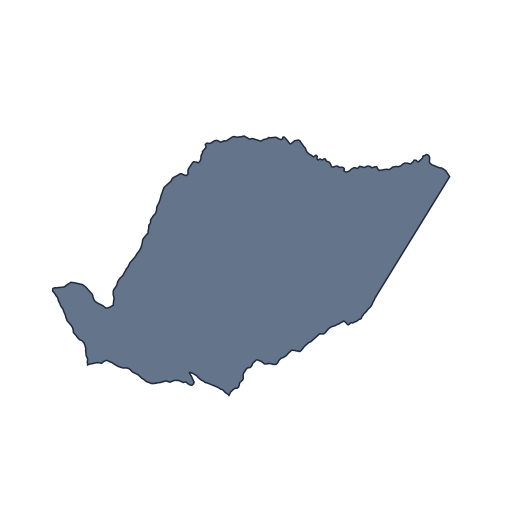 Zarcero, Alajuela, Costa Rica, rotated 138°
{"feature_id": "36466004B69998662066275", "entity_name": "Zarcero", "entity_type": "district", "adm_level": 2, "iso_a3": "CRI", "parent_name": "Costa Rica", "parent_adm1": "Alajuela", "projection": "natural_earth1", "projection_center": [-84.401, 10.218], "detail": "fine", "context": "isolated", "style": "filled", "palette": "slate", "viewbox_px": 512, "rotation_deg": 138, "n_neighbors": 0, "source": "geoboundaries", "source_scale": "gbopen_adm2", "svg_char_len": 6108}
<svg xmlns="http://www.w3.org/2000/svg" viewBox="0 0 512 512"><g transform="rotate(138 256 256)"><path d="M377.1,194.1L372.4,184.3L371.7,182.2L371.4,180.6L370.4,179.3L370.2,178.3L370.2,174.9L369.4,172.2L369.4,170.5L365.7,171.9L361.7,172.0L360.3,171.7L358.4,170.3L356.4,170.3L352.7,172.8L348.8,172.8L347.5,173.4L345.2,176.2L343.6,177.3L341.7,177.6L341.3,177.9L338.7,178.5L337.2,178.5L335.3,177.2L333.3,177.0L330.2,178.4L325.3,178.5L324.9,178.3L323.9,177.0L323.7,176.1L322.8,174.8L322.1,171.7L322.1,170.6L321.7,169.8L320.0,168.6L319.6,168.5L319.4,168.0L318.1,167.4L318.0,167.0L317.2,166.4L316.8,165.5L315.3,163.4L313.7,162.1L311.2,162.1L309.5,162.9L307.6,163.2L305.7,163.2L303.0,162.1L301.5,162.0L301.1,161.8L298.6,161.8L297.7,162.1L292.3,162.1L291.5,160.9L290.3,159.9L289.7,158.6L289.1,158.1L288.2,156.6L287.8,156.4L287.6,155.9L286.8,155.6L284.9,155.6L280.7,156.4L274.8,156.4L272.5,155.6L260.7,155.6L260.2,154.8L259.4,154.4L258.9,153.7L257.9,152.9L257.4,152.7L254.5,152.8L252.1,153.3L248.7,153.3L246.8,152.7L244.2,151.4L240.4,150.5L240.2,150.2L239.2,149.9L238.3,149.9L235.5,149.1L234.5,149.1L234.0,148.3L233.8,146.7L233.8,143.9L233.5,143.1L232.6,142.9L230.1,142.9L229.7,142.7L229.3,141.9L228.6,141.4L226.3,140.9L225.4,140.3L224.5,140.1L222.5,140.0L221.2,139.8L220.5,139.2L219.5,139.2L217.4,140.3L216.5,140.3L214.6,140.9L211.2,140.9L208.8,141.4L206.4,141.5L203.9,141.8L201.7,142.6L199.1,143.9L198.1,144.0L195.1,145.4L194.1,145.4L193.8,145.7L59.0,185.4L58.0,192.0L58.4,194.7L59.2,197.3L60.5,198.6L60.9,199.5L62.0,201.2L62.5,202.7L64.2,205.9L64.5,207.9L64.5,209.3L63.5,210.6L61.3,212.7L60.6,214.0L60.6,216.1L61.2,217.1L61.8,217.6L63.1,217.6L64.8,218.5L65.3,218.4L66.3,217.6L67.4,217.3L72.5,217.3L72.9,218.0L72.9,219.8L74.1,221.3L74.6,221.4L76.3,220.9L79.5,220.9L81.5,223.8L83.3,225.5L85.5,226.1L88.3,226.1L89.9,227.0L90.5,227.0L91.7,228.6L95.0,230.7L96.9,230.7L99.0,231.0L101.3,233.4L103.4,234.8L104.6,235.2L104.7,235.5L107.2,237.2L107.3,239.2L106.7,241.0L106.7,241.7L108.2,242.9L108.8,243.0L109.5,243.5L110.1,243.5L110.6,243.9L110.9,244.2L111.3,246.2L112.1,247.3L113.4,248.5L115.8,249.0L116.3,249.3L118.9,253.3L121.9,253.1L122.4,253.5L123.0,255.0L124.1,256.1L126.8,256.7L130.3,256.8L132.6,257.9L133.2,258.4L133.5,259.1L133.6,260.7L132.2,261.4L131.9,262.1L132.0,263.4L132.6,264.4L134.8,266.1L135.1,267.8L135.5,268.7L138.3,270.2L139.1,270.3L139.7,271.0L139.9,271.8L139.9,272.9L139.3,273.8L138.8,275.9L138.9,276.8L140.2,279.5L140.1,280.4L139.6,281.0L139.6,281.9L140.3,282.6L142.6,283.1L143.5,285.3L144.6,285.7L145.6,285.7L145.7,287.5L143.8,289.1L143.8,290.3L144.1,290.8L147.1,291.3L147.5,294.1L148.1,295.2L148.5,297.8L148.5,299.4L147.1,303.5L147.2,305.2L146.3,312.6L146.9,313.8L150.1,315.8L154.4,316.0L155.6,316.4L155.7,316.7L155.7,318.8L155.4,320.2L155.4,325.3L156.0,326.1L156.6,326.3L157.8,325.4L159.0,325.5L159.4,326.0L159.7,326.0L160.5,327.3L160.8,328.7L161.8,331.0L166.2,334.2L167.3,335.6L169.5,335.7L172.4,337.5L174.8,337.9L175.6,338.3L176.6,339.6L177.4,341.4L178.4,342.8L179.4,344.9L180.0,345.6L182.7,347.3L183.5,350.2L184.2,351.7L184.3,352.7L185.5,353.8L186.9,354.2L189.1,356.0L189.6,356.2L190.6,357.0L192.5,359.6L193.1,359.9L194.0,360.3L200.8,361.4L201.4,361.6L202.6,363.0L203.3,363.0L204.6,363.8L205.6,363.8L206.4,364.8L207.2,367.4L208.1,368.4L209.2,369.2L210.4,369.6L211.6,369.6L212.1,369.9L213.1,369.9L214.9,370.5L215.6,371.1L217.0,372.8L218.9,372.8L219.3,372.4L220.3,370.2L226.0,369.4L226.1,369.0L227.0,368.3L229.6,367.4L231.8,365.2L233.9,364.0L236.4,363.8L237.2,365.0L237.2,365.4L238.5,366.7L238.9,367.5L239.5,367.8L240.7,367.8L248.1,365.9L249.4,365.0L251.8,362.3L254.1,362.5L255.4,364.7L256.2,366.8L257.5,367.9L259.9,368.3L265.1,369.6L266.6,369.6L268.8,368.5L278.3,368.5L280.5,367.5L282.1,366.5L286.0,364.5L289.4,362.2L292.1,360.7L295.5,359.4L297.2,358.5L297.9,358.0L298.7,357.0L301.7,355.1L303.2,354.7L305.1,354.7L310.4,353.3L311.4,352.0L312.4,351.2L312.9,350.9L315.0,350.6L315.5,350.2L317.6,348.0L319.0,347.2L320.9,345.3L327.3,344.5L329.3,343.9L332.9,341.0L335.7,339.3L337.9,338.4L339.9,337.8L342.4,337.5L346.5,336.2L354.2,335.3L358.6,333.5L361.1,333.2L362.6,332.4L364.6,331.9L367.9,330.6L371.7,330.5L373.6,330.2L376.2,329.3L378.9,327.5L381.1,326.8L384.0,326.3L385.6,325.4L387.8,323.1L389.8,319.4L392.1,317.7L395.2,314.9L396.2,315.3L397.0,315.3L400.0,316.2L401.8,317.1L402.2,317.6L402.5,318.4L403.1,321.7L403.6,322.9L404.1,324.4L404.9,325.9L405.8,329.2L405.9,330.6L405.5,332.3L404.7,334.4L403.9,335.7L403.3,337.4L403.3,346.7L403.7,349.2L404.2,351.1L408.8,357.5L411.1,360.3L417.7,361.3L417.9,361.1L418.5,361.1L419.8,361.7L421.0,362.7L421.5,362.8L423.5,364.5L425.7,365.9L426.7,367.0L428.1,367.6L429.1,367.6L430.6,366.0L430.6,363.5L430.9,361.0L431.2,360.5L431.2,358.3L431.9,356.4L432.5,355.6L433.1,354.0L433.5,351.9L434.4,350.1L434.4,349.4L434.7,348.8L435.0,345.3L435.9,343.7L437.1,340.0L438.9,336.5L439.0,335.8L439.7,334.3L439.8,328.2L440.2,325.8L440.6,324.7L440.9,324.5L440.9,324.2L441.4,323.2L442.9,321.3L442.9,316.9L443.2,315.3L443.2,312.8L443.1,311.7L442.0,309.8L442.0,306.2L443.3,303.2L443.7,302.6L443.7,302.3L444.9,300.5L446.1,299.6L446.1,299.2L448.6,296.0L449.2,294.8L449.3,294.1L449.9,292.2L452.6,289.8L453.5,288.2L454.0,287.7L451.8,286.9L449.8,285.5L447.9,284.7L447.2,284.1L445.1,282.9L445.1,282.6L444.8,282.6L443.4,280.9L442.5,279.5L440.0,279.5L437.7,278.9L437.2,278.6L436.9,278.1L436.6,278.0L436.1,277.3L435.4,275.0L434.7,273.9L433.9,271.7L433.6,270.0L432.2,265.9L430.2,262.4L428.9,260.9L428.3,260.6L426.7,259.0L426.7,258.7L426.0,257.7L425.5,256.0L425.5,253.5L425.2,251.8L423.0,246.6L422.7,241.4L422.0,239.6L421.6,236.3L418.9,231.0L416.8,229.2L415.4,228.7L415.4,228.3L413.3,227.2L411.9,226.0L410.3,225.4L409.3,224.7L407.3,223.9L406.6,223.3L406.0,222.8L405.2,220.9L403.8,219.4L403.1,219.4L400.0,218.2L398.6,217.1L397.9,216.2L397.3,215.9L396.1,214.0L394.8,210.8L394.3,210.4L393.6,210.2L392.5,209.3L392.1,207.7L392.1,206.6L391.1,203.9L390.1,202.8L387.9,202.8L386.3,203.7L386.2,204.4L385.0,208.2L384.3,210.6L384.3,211.3L383.6,213.8L382.8,213.6L381.2,210.2L380.2,206.7L380.2,203.8L379.7,200.4L378.8,198.1L378.3,195.8L377.1,194.1Z" fill="#64748b" stroke="#1e293b" stroke-width="1.5"/></g></svg>